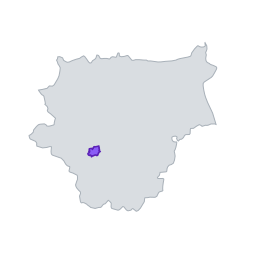 Kruhlaye, Mogilev, Belarus (highlighted), rotated 169°
{"feature_id": "67162791B94243355622129", "entity_name": "Kruhlaye", "entity_type": "district", "adm_level": 2, "iso_a3": "BLR", "parent_name": "Belarus", "parent_adm1": "Mogilev", "projection": "albers", "projection_center": [29.746, 54.199], "detail": "fine", "context": "in_parent", "style": "filled", "palette": "violet", "viewbox_px": 256, "rotation_deg": 169, "n_neighbors": 0, "source": "geoboundaries", "source_scale": "gbopen_adm2", "svg_char_len": 5642}
<svg xmlns="http://www.w3.org/2000/svg" viewBox="0 0 256 256"><g transform="rotate(169 128 128)"><path d="M208.6,182.3L204.6,182.2L199.8,182.4L197.2,184.3L194.2,183.5L192.2,184.5L187.5,189.8L185.7,192.5L184.0,196.8L183.0,200.0L183.6,202.2L184.5,204.2L184.7,206.4L185.2,208.2L184.0,209.4L183.3,211.3L181.3,211.0L178.8,209.3L178.3,206.7L176.4,205.0L175.1,204.1L173.1,204.0L169.8,204.8L165.5,205.4L162.2,205.6L160.4,206.5L157.8,207.3L156.8,206.3L155.4,203.4L154.2,200.6L153.4,199.3L152.7,199.0L151.8,199.0L150.8,199.9L150.0,200.8L147.3,201.9L146.1,202.9L144.7,205.5L143.8,205.3L143.0,204.7L142.0,201.7L140.6,201.0L138.3,200.9L135.5,200.3L133.2,199.3L132.4,199.5L131.0,200.7L129.5,200.9L126.3,199.7L125.7,200.2L123.7,203.4L122.8,203.5L122.4,203.1L122.7,200.3L120.9,199.2L117.7,199.0L115.5,199.3L114.4,199.2L113.9,198.6L111.3,193.8L109.9,193.4L107.3,193.6L103.6,192.8L99.3,191.6L96.9,191.1L95.7,190.0L93.0,189.5L86.0,187.1L83.0,186.6L78.7,186.3L72.2,185.5L68.0,185.5L66.0,186.0L63.7,186.2L55.9,186.2L53.0,186.5L52.1,187.5L51.1,189.6L47.5,193.0L44.2,195.3L43.6,195.4L41.9,194.0L40.4,193.4L38.6,193.1L37.3,193.4L36.4,194.0L36.3,196.9L36.1,197.1L35.0,193.6L35.4,190.5L36.3,188.8L37.4,187.3L37.2,184.8L38.4,181.7L38.6,179.5L38.3,178.4L37.7,177.2L35.8,175.8L35.0,174.7L32.4,173.2L29.8,171.3L29.4,170.2L29.6,169.5L30.2,168.5L32.5,165.7L35.0,162.9L36.6,161.8L44.4,158.6L45.7,157.4L46.2,155.1L46.4,150.6L46.3,146.4L46.0,143.4L45.0,137.9L42.1,126.5L40.9,114.7L42.3,115.5L45.8,116.1L48.6,115.5L50.0,115.5L51.3,115.9L55.0,115.5L55.8,116.6L57.4,117.7L60.7,116.6L63.7,115.2L66.6,115.6L67.1,114.8L68.1,110.7L69.0,109.9L72.5,110.5L73.9,109.9L75.4,108.0L77.5,106.8L79.2,106.9L81.1,105.6L81.9,106.6L82.3,108.4L81.6,109.7L81.8,110.2L83.0,111.0L85.2,111.1L86.6,110.6L86.9,109.8L87.0,108.4L86.8,107.1L85.9,105.9L84.2,105.2L83.1,105.1L82.9,104.4L83.4,102.9L84.6,100.1L86.0,97.6L86.9,96.7L87.1,95.8L87.0,94.3L87.1,91.5L88.5,87.6L90.2,84.8L92.3,83.9L94.8,83.6L96.5,82.2L97.4,80.7L98.2,78.2L99.0,77.7L105.0,78.3L106.1,75.8L106.6,75.2L107.8,74.5L108.6,73.6L108.4,72.9L106.9,72.4L103.3,71.8L102.6,71.0L102.9,70.0L103.9,67.4L105.0,64.1L105.6,61.5L105.7,60.0L106.2,59.6L109.2,59.3L110.2,58.8L112.8,55.4L114.7,54.8L119.6,55.9L121.9,55.9L124.7,56.3L125.0,55.9L126.1,52.5L131.1,47.0L133.7,45.1L135.4,44.7L135.9,44.8L138.5,47.9L139.1,48.0L140.8,46.8L143.8,46.7L145.2,47.8L147.1,51.4L148.1,51.9L151.1,49.9L152.7,49.2L153.7,49.3L159.2,52.1L159.6,53.0L159.6,54.1L158.8,57.4L159.9,59.4L161.2,60.8L164.1,58.5L165.1,57.9L166.3,57.9L167.8,57.0L168.9,55.8L170.0,55.3L172.0,55.6L175.6,55.3L179.9,57.2L180.3,57.9L182.5,60.2L183.2,61.3L183.9,61.7L185.1,62.8L186.6,63.5L187.7,63.3L188.2,63.6L188.7,64.5L188.7,66.0L188.6,70.4L187.1,72.7L187.0,73.5L187.0,74.5L188.3,76.3L189.9,79.2L190.3,80.9L190.3,82.2L188.2,86.0L187.5,86.9L187.1,88.7L186.8,90.6L187.0,91.4L190.7,94.3L193.4,95.8L194.0,96.6L194.1,97.1L192.7,100.3L192.6,101.2L194.8,102.5L196.1,104.5L197.2,107.9L199.3,111.1L207.2,115.7L207.9,116.5L208.2,117.6L208.0,119.8L206.7,124.1L208.1,124.7L211.5,124.4L215.7,124.8L220.9,127.6L220.9,129.0L220.5,130.2L220.8,131.5L221.4,132.6L226.0,135.8L226.4,136.7L226.6,138.4L226.5,139.6L225.3,139.9L224.0,140.5L221.8,142.0L221.0,144.1L217.5,147.0L215.3,148.3L213.6,148.5L209.3,148.0L207.8,146.7L207.2,145.4L205.5,144.9L203.4,144.9L200.4,145.2L199.8,145.6L199.4,147.2L198.2,149.9L197.3,151.4L201.2,156.6L203.2,158.7L203.8,160.0L203.8,160.9L202.9,162.1L203.1,164.3L205.1,167.2L204.4,167.7L204.4,171.3L204.5,175.2L205.0,176.1L206.0,176.9L206.9,178.3L208.4,181.5L208.6,182.3Z" fill="#d9dde1" stroke="#a8b0b8" stroke-width="1"/><path d="M171.7,108.8L171.3,108.8L171.2,108.5L171.1,108.4L170.6,108.5L170.4,108.6L170.1,108.6L169.9,108.6L169.7,108.4L169.7,108.1L169.5,107.8L169.5,107.7L169.4,107.5L169.5,107.2L169.5,106.9L169.4,106.8L169.2,106.7L169.1,106.8L169.0,107.0L169.0,107.3L168.9,107.4L168.7,107.5L168.6,107.4L168.4,107.2L168.2,107.2L168.1,107.3L167.9,107.4L167.8,107.5L167.6,107.5L167.4,107.5L167.3,107.3L167.0,107.3L166.8,107.4L166.7,107.5L166.4,107.7L166.2,107.7L165.9,107.6L165.7,107.7L165.5,107.8L165.3,107.8L165.1,107.8L164.9,107.7L164.7,107.4L164.3,107.3L164.1,107.3L164.0,107.2L163.9,106.9L163.6,106.9L163.3,106.9L163.1,107.0L162.8,107.2L162.8,107.4L162.8,107.5L163.0,107.8L162.9,108.0L162.7,108.1L162.4,108.1L162.2,108.1L162.0,108.3L161.9,108.5L161.7,108.8L161.6,109.0L161.6,109.3L161.6,109.5L161.3,109.6L161.0,109.7L160.9,109.7L160.7,109.8L160.4,110.0L160.2,110.0L159.8,110.2L160.0,110.7L160.3,111.0L160.5,111.1L160.8,111.3L160.6,111.6L160.3,111.9L160.3,112.2L160.1,112.5L160.3,112.8L160.4,113.1L160.4,113.4L160.2,113.7L160.0,113.8L160.0,114.2L160.2,114.5L160.3,114.9L160.2,115.2L160.1,115.3L160.0,115.6L160.1,115.9L160.4,115.9L160.6,115.9L160.8,115.9L161.2,115.8L161.4,115.8L161.7,115.8L162.6,115.8L163.3,115.8L163.5,115.8L163.9,115.8L164.1,115.8L164.3,115.8L164.5,115.9L164.6,116.1L164.8,116.1L165.1,116.0L165.3,115.9L165.4,115.7L165.5,115.5L165.6,115.4L165.8,115.2L166.0,115.1L166.0,114.9L166.0,114.7L166.4,114.5L166.6,114.5L166.7,114.4L166.8,114.3L166.8,114.2L166.8,113.9L167.0,113.8L167.2,114.1L167.2,114.3L167.2,114.5L167.3,114.6L167.3,114.8L167.5,114.8L167.9,115.0L168.2,115.0L168.6,115.0L169.3,115.0L169.6,115.0L169.8,115.0L170.0,114.9L170.2,114.5L170.2,114.4L170.2,114.2L170.1,113.9L170.1,113.7L170.0,113.4L170.1,113.2L170.1,112.9L170.1,112.7L170.3,112.8L170.6,112.8L170.8,112.8L170.9,112.6L170.7,112.4L170.7,112.2L170.7,111.8L170.6,111.7L170.6,111.3L170.6,111.2L170.9,111.1L171.2,111.1L171.5,111.1L171.8,110.9L172.1,110.7L172.3,110.4L172.3,110.1L172.2,109.9L172.2,109.7L172.1,109.4L172.0,109.2L171.9,109.0L171.7,108.8Z" fill="#8b5cf6" stroke="#5b21b6" stroke-width="1.5"/></g></svg>